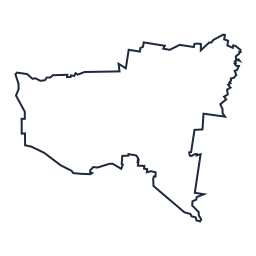 Moyne, Victoria, Australia
{"feature_id": "25037944B46844675944162", "entity_name": "Moyne", "entity_type": "district", "adm_level": 2, "iso_a3": "AUS", "parent_name": "Australia", "parent_adm1": "Victoria", "projection": "orthographic", "projection_center": [142.577, -38.188], "detail": "medium", "context": "isolated", "style": "outline", "palette": "slate", "viewbox_px": 256, "rotation_deg": 0, "n_neighbors": 0, "source": "geoboundaries", "source_scale": "gbopen_adm2", "svg_char_len": 1809}
<svg xmlns="http://www.w3.org/2000/svg" viewBox="0 0 256 256"><path d="M164.8,45.8L143.7,42.4L143.0,46.8L140.4,48.0L139.9,51.6L128.7,49.8L125.8,68.3L118.6,63.8L119.5,71.4L84.6,72.0L77.8,74.6L75.6,73.2L74.3,75.9L71.0,75.4L70.7,76.9L67.0,77.0L67.3,74.8L52.8,75.2L50.5,77.4L46.7,77.6L44.8,80.3L40.4,80.8L35.4,78.3L32.5,78.8L27.2,74.1L17.0,72.6L15.4,74.3L18.5,83.7L18.6,89.1L16.0,95.5L24.8,111.8L24.8,118.8L21.6,118.9L21.7,125.4L21.7,133.6L25.0,133.4L25.1,145.3L31.0,146.5L44.0,152.7L60.7,165.3L71.6,170.8L73.2,173.1L80.7,173.8L90.4,174.2L92.1,173.0L90.2,172.3L90.3,170.1L93.2,167.1L97.5,167.5L109.2,163.9L112.5,163.7L121.2,168.8L122.8,164.6L121.7,164.0L122.3,155.9L128.3,155.7L128.5,154.1L136.3,155.5L138.1,158.3L137.7,161.3L138.5,160.7L137.9,165.7L144.4,165.9L144.0,168.7L147.2,169.2L146.8,172.3L151.0,171.2L155.6,172.3L155.5,176.6L153.9,176.4L153.2,178.5L153.5,186.0L184.4,212.3L190.5,214.0L191.5,216.3L195.7,217.4L196.5,220.4L200.1,221.4L201.2,219.4L198.8,215.4L198.7,212.1L192.2,205.5L192.5,201.3L196.2,199.6L196.7,197.1L203.9,194.2L194.8,192.8L200.6,154.2L196.6,155.4L196.8,154.1L194.9,154.1L191.4,156.0L189.8,155.6L189.2,152.4L191.1,152.1L194.5,129.9L202.5,129.4L203.5,113.7L225.0,116.6L222.6,113.3L222.5,109.0L220.3,104.2L226.2,99.4L224.0,96.7L227.7,94.5L227.1,89.6L230.5,87.6L228.1,84.6L230.4,83.3L229.4,82.4L231.0,80.7L230.8,78.5L233.9,77.8L236.3,74.9L234.7,70.9L237.1,69.9L238.9,66.0L236.2,65.8L234.5,63.5L235.8,63.0L234.8,61.4L237.4,59.9L239.5,60.7L238.5,59.4L236.1,59.7L235.8,56.4L239.3,53.5L239.3,51.9L240.6,52.0L240.4,49.8L235.3,45.8L233.1,45.5L232.8,47.8L227.4,45.5L228.1,40.7L224.2,39.4L224.9,34.9L223.2,34.6L213.4,39.9L211.2,42.6L209.2,42.5L200.8,50.3L200.9,44.0L197.7,43.6L194.4,43.9L193.9,47.0L179.6,44.9L169.8,49.8L163.3,48.7L164.8,45.8Z" fill="none" stroke="#1e293b" stroke-width="2"/></svg>